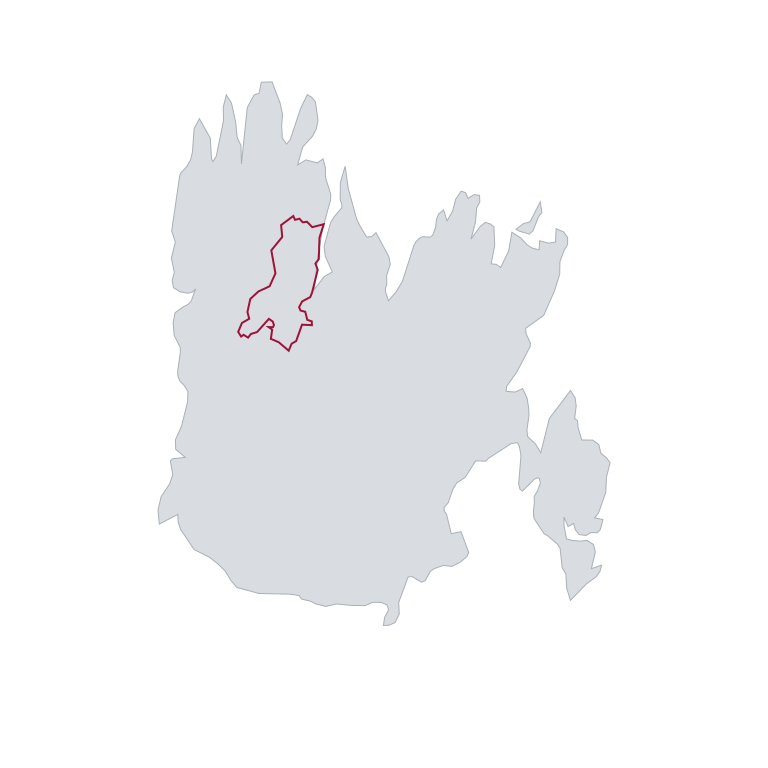 Limerick on a map of Ireland (Equal Earth projection), rotated 111°
{"feature_id": "IRL-726", "entity_name": "Limerick", "entity_type": "County", "adm_level": 1, "iso_a3": "IRL", "parent_name": "Ireland", "parent_adm1": "", "projection": "equal_earth", "projection_center": [-8.682, 52.516], "detail": "coarse", "context": "in_parent", "style": "outline", "palette": "rose", "viewbox_px": 768, "rotation_deg": 111, "n_neighbors": 0, "source": "natural_earth", "source_scale": "10m", "svg_char_len": 4417}
<svg xmlns="http://www.w3.org/2000/svg" viewBox="0 0 768 768"><g transform="rotate(111 384 384)"><path d="M491.4,152.0L474.3,160.7L471.7,164.0L466.9,177.2L466.4,181.0L455.7,195.8L449.6,198.8L440.5,201.2L435.3,203.5L428.8,202.4L420.5,202.5L416.4,205.2L416.6,207.2L419.1,209.6L434.4,216.4L433.6,219.2L429.3,222.4L401.9,230.4L393.8,235.2L391.0,238.4L393.9,243.8L415.9,259.8L419.6,261.5L422.9,270.9L442.2,274.8L450.2,280.6L457.0,282.0L471.9,281.5L477.8,283.7L481.2,282.1L483.1,279.0L499.6,267.6L494.3,259.1L510.9,244.6L515.5,244.8L523.4,249.2L530.0,255.4L532.1,263.6L538.4,271.0L542.3,273.6L553.0,275.1L555.5,278.0L553.8,288.7L555.4,292.3L582.6,292.0L593.4,287.3L602.8,288.2L607.5,293.0L609.7,298.0L601.6,299.8L593.1,298.8L589.1,302.1L588.9,308.4L591.9,316.5L597.7,322.2L602.4,335.2L606.4,349.6L612.4,358.4L613.8,369.2L613.1,374.5L614.3,384.1L611.9,387.5L613.9,396.5L624.4,425.7L626.7,448.5L622.0,457.0L615.6,465.1L611.4,474.8L608.3,485.2L606.6,502.0L592.6,521.8L586.6,526.7L579.6,529.7L595.3,543.6L582.7,549.8L569.0,551.7L553.8,548.3L544.3,548.7L532.3,555.9L529.6,554.6L523.7,543.2L519.7,555.0L510.9,558.7L495.9,557.9L470.8,561.0L461.2,564.4L457.2,569.6L454.3,575.7L450.4,579.3L446.0,581.2L426.6,585.7L422.8,587.4L413.8,597.3L402.1,602.9L392.3,604.6L383.6,598.9L380.0,595.5L376.0,593.7L362.7,594.0L366.9,595.8L369.6,599.8L371.0,607.5L369.5,615.1L362.9,619.0L355.0,619.7L342.7,627.6L326.2,629.7L317.4,637.0L263.1,649.3L260.0,649.4L252.5,646.3L244.4,644.9L236.3,645.9L213.6,652.8L202.5,651.4L216.7,634.3L235.6,625.7L237.6,623.4L231.4,622.2L195.6,628.2L183.1,633.3L170.6,634.8L176.5,627.0L192.6,616.4L206.5,609.4L212.5,603.1L229.5,596.0L175.0,610.7L160.7,608.9L157.4,604.8L146.2,606.7L142.1,596.8L158.7,581.9L168.4,575.5L179.8,572.0L190.8,567.1L194.9,561.0L189.8,559.1L157.0,560.6L141.3,559.3L142.2,554.5L145.1,549.2L161.5,540.1L170.3,538.6L178.1,539.5L192.0,544.9L210.4,543.1L202.8,537.3L201.5,525.5L195.7,521.6L203.3,516.1L211.9,512.8L226.3,501.5L231.5,499.8L259.9,497.1L290.5,491.1L320.9,483.0L305.3,478.4L297.9,472.4L285.9,484.5L277.2,489.2L252.9,491.7L245.2,490.3L234.4,486.5L231.0,488.0L227.8,490.9L211.7,496.9L194.7,498.3L214.5,487.3L239.6,468.8L245.2,462.9L253.1,452.8L250.7,448.2L245.6,445.7L263.7,424.8L270.1,421.0L281.7,420.4L290.1,417.1L293.9,417.0L297.2,415.8L304.7,409.6L293.2,405.6L281.4,403.6L244.8,405.7L240.0,405.3L235.5,403.3L232.6,400.6L230.4,393.5L227.7,391.9L219.5,391.9L211.4,394.1L205.7,393.9L200.1,390.8L209.1,383.6L197.6,381.9L186.0,383.3L176.4,381.1L176.1,376.6L180.6,372.1L174.9,367.8L173.7,362.4L179.9,359.7L186.5,360.6L200.1,356.6L217.6,354.7L202.7,350.7L196.8,347.3L196.5,342.2L197.7,337.8L215.0,330.3L233.4,327.0L232.1,322.1L233.4,316.8L214.9,315.3L196.5,319.0L198.6,308.9L203.0,299.7L204.0,293.7L203.1,287.3L194.5,290.0L193.6,281.0L190.0,274.7L177.3,279.0L177.7,270.8L181.4,265.1L188.0,262.6L194.6,263.7L206.8,263.6L218.6,259.3L235.6,258.2L262.7,259.5L281.2,271.7L286.0,269.5L293.5,261.8L297.0,261.0L325.0,264.3L342.4,268.7L347.1,267.4L344.6,258.8L338.6,252.9L346.1,245.2L355.2,240.0L361.3,237.4L375.4,234.2L381.6,231.1L385.6,221.2L392.1,213.0L356.8,217.3L323.2,207.5L328.5,200.6L335.6,196.7L347.8,193.7L349.0,190.1L355.2,187.2L365.4,179.3L361.6,169.1L363.6,161.7L370.9,156.8L373.2,149.8L376.5,144.7L391.4,142.9L405.6,138.1L427.7,137.5L433.5,139.4L432.1,131.0L442.5,129.9L446.5,131.6L448.4,137.5L453.1,141.3L454.6,147.9L451.5,153.1L446.2,157.0L451.1,161.0L443.7,168.3L451.7,165.2L463.2,158.1L462.6,152.2L460.5,144.9L457.3,138.3L458.7,131.0L465.1,126.5L482.1,124.2L475.1,116.0L481.3,115.2L488.0,116.9L498.0,123.4L519.2,132.4L509.0,140.4L496.4,146.0L491.4,152.0ZM192.8,312.2L192.3,316.2L184.2,311.2L180.3,305.8L158.0,303.4L167.4,298.0L171.9,299.6L187.6,299.8L192.0,302.1L192.8,312.2Z" fill="#d9dde1" stroke="#a8b0b8" stroke-width="1"/><path d="M256.4,497.5L270.4,496.7L290.9,489.6L296.1,491.2L301.2,486.8L324.4,483.9L329.3,484.0L336.2,490.0L342.7,490.8L345.3,488.3L344.8,483.4L351.6,478.6L351.4,473.9L354.9,472.4L358.0,481.8L375.4,481.4L379.5,484.7L387.1,484.9L382.7,497.3L382.4,505.8L373.3,507.9L372.2,512.1L370.7,508.0L368.5,507.8L365.6,510.2L364.4,514.8L381.0,521.1L385.0,526.2L389.4,527.5L388.4,532.7L390.9,534.4L387.6,538.8L377.9,538.5L371.4,533.2L365.7,537.3L352.5,539.3L342.6,534.4L333.7,525.8L319.6,525.0L299.6,537.1L283.2,531.7L272.5,537.0L259.7,528.9L262.6,525.9L260.0,522.2L262.2,517.8L260.1,514.0L263.3,507.2L256.4,497.5Z" fill="none" stroke="#9f1239" stroke-width="2"/></g></svg>